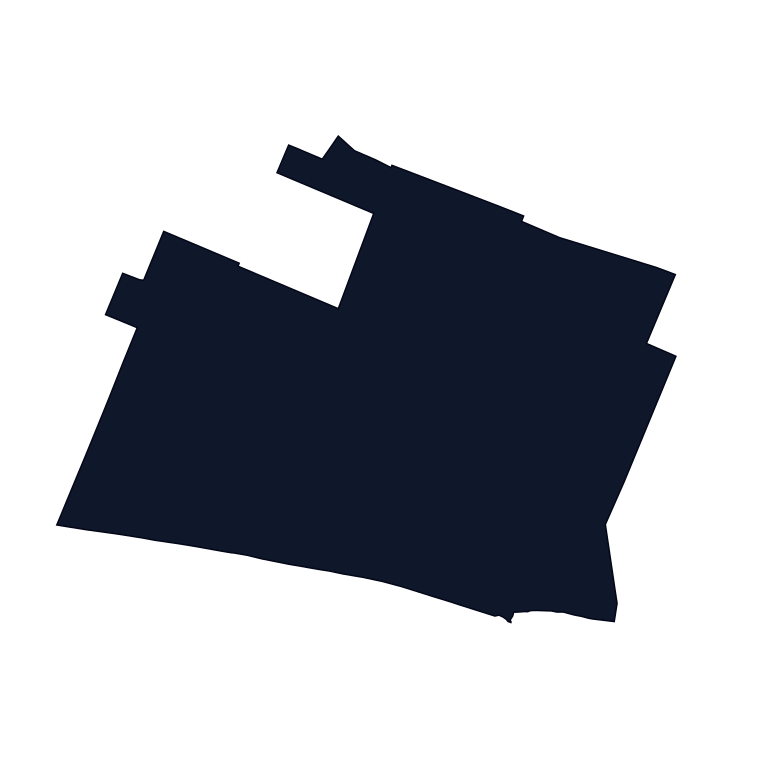 Telchac Puerto, Yucatán, Mexico (Mercator projection), rotated 196°
{"feature_id": "50627088B19629069707009", "entity_name": "Telchac Puerto", "entity_type": "district", "adm_level": 2, "iso_a3": "MEX", "parent_name": "Mexico", "parent_adm1": "Yucatán", "projection": "mercator", "projection_center": [-89.271, 21.31], "detail": "fine", "context": "isolated", "style": "filled", "palette": "ink", "viewbox_px": 768, "rotation_deg": 196, "n_neighbors": 0, "source": "geoboundaries", "source_scale": "gbopen_adm2", "svg_char_len": 1501}
<svg xmlns="http://www.w3.org/2000/svg" viewBox="0 0 768 768"><g transform="rotate(196 384 384)"><path d="M659.7,158.3L646.1,159.9L642.4,160.4L629.0,162.0L600.6,166.1L574.2,169.4L560.7,170.7L552.2,171.9L547.4,172.5L538.8,173.7L528.1,175.0L515.6,176.4L510.3,176.9L493.9,178.6L484.2,179.7L481.8,180.2L468.9,181.6L452.6,182.3L434.8,183.8L425.9,184.5L419.7,185.2L395.6,187.8L385.3,189.1L370.1,190.2L351.6,192.3L332.0,193.7L311.7,194.1L276.3,193.2L259.3,192.9L249.9,192.5L227.1,191.9L213.5,191.5L209.7,193.5L205.4,192.8L201.6,191.5L199.3,189.9L196.3,189.7L196.4,190.5L197.6,191.6L197.7,191.8L196.3,196.6L196.5,200.3L189.3,202.8L186.1,204.0L183.2,204.7L180.6,206.6L174.8,208.4L160.5,212.0L155.1,212.4L148.9,214.2L137.8,214.4L129.6,215.1L123.2,215.2L119.0,215.6L97.2,219.1L99.5,237.4L103.9,247.0L132.5,310.0L131.6,316.8L126.2,356.2L111.0,491.1L142.9,495.3L134.1,569.5L154.3,571.1L255.9,573.1L264.5,574.2L296.6,578.2L296.1,584.0L321.0,586.4L387.6,592.2L394.5,592.8L436.6,596.4L436.8,593.9L454.0,597.2L476.7,600.1L496.3,609.7L499.6,599.8L500.9,595.9L505.3,583.2L506.7,583.3L519.3,584.8L525.8,585.6L532.0,586.4L541.5,587.4L545.1,557.6L440.9,545.1L448.7,443.8L556.8,457.0L556.5,460.2L637.8,470.0L643.6,417.5L647.8,416.8L665.7,418.4L670.8,373.9L649.0,371.5L636.7,370.1L640.5,334.8L640.8,331.9L642.9,310.3L644.2,297.0L645.3,286.5L646.0,279.7L646.7,273.4L648.3,258.6L650.0,243.0L652.0,225.1L653.8,209.8L656.7,184.4L657.8,174.6L658.3,169.9L659.7,158.3Z" fill="#0f172a" stroke="#020617" stroke-width="1.5"/></g></svg>